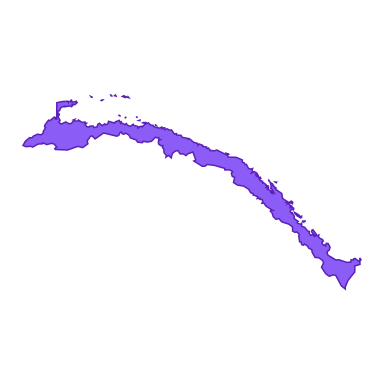 Comarca Kuna Yala, Kuna Yala, Panama (Albers equal-area conic projection)
{"feature_id": "35544464B26872392116911", "entity_name": "Comarca Kuna Yala", "entity_type": "district", "adm_level": 2, "iso_a3": "PAN", "parent_name": "Panama", "parent_adm1": "Kuna Yala", "projection": "albers", "projection_center": [-78.308, 9.061], "detail": "fine", "context": "isolated", "style": "filled", "palette": "violet", "viewbox_px": 384, "rotation_deg": 0, "n_neighbors": 0, "source": "geoboundaries", "source_scale": "gbopen_adm2", "svg_char_len": 6028}
<svg xmlns="http://www.w3.org/2000/svg" viewBox="0 0 384 384"><path d="M23.0,145.4L25.8,146.7L30.8,146.3L32.7,147.1L38.0,144.1L42.4,143.8L42.8,142.8L46.8,144.6L51.2,143.4L53.8,143.8L56.7,147.0L54.8,148.5L55.4,149.5L67.5,150.0L77.8,146.4L82.7,147.6L87.9,143.8L87.2,140.9L90.5,136.3L92.1,135.9L95.1,138.9L103.6,133.0L116.8,136.2L118.8,135.3L119.8,132.9L121.5,132.0L122.1,133.7L123.9,134.3L125.6,133.1L128.9,135.0L130.4,137.9L136.0,139.9L137.7,142.2L142.4,142.7L143.4,141.2L147.0,142.1L151.5,141.3L155.5,137.2L157.1,138.0L158.7,137.6L158.8,139.4L160.3,139.6L158.4,140.8L158.5,143.9L160.6,145.6L162.9,145.7L162.4,147.4L163.8,149.3L164.0,152.5L166.4,155.6L166.0,157.1L168.6,155.4L171.2,157.9L172.3,153.6L175.0,151.3L177.8,150.5L180.1,153.9L183.5,154.0L186.0,155.6L187.9,153.8L192.9,152.0L195.8,160.0L193.8,161.0L202.3,166.3L205.0,166.2L207.4,164.5L214.4,165.4L224.9,168.4L224.8,169.9L229.6,169.9L232.7,171.6L231.3,173.4L232.3,176.5L234.6,177.2L233.5,182.5L237.5,185.1L243.7,186.1L248.6,189.2L250.6,192.7L253.1,193.6L253.1,195.0L257.8,196.6L257.1,198.6L260.1,198.3L259.9,199.4L262.3,199.7L262.9,200.9L261.9,203.3L263.8,203.0L266.0,206.2L272.7,210.3L270.7,210.3L270.3,211.1L272.1,213.1L273.3,216.8L276.0,219.3L278.9,218.6L281.8,221.9L288.9,224.2L292.5,226.9L292.6,231.0L294.7,232.3L296.8,232.0L299.4,234.3L298.7,235.8L299.6,241.8L301.0,242.0L301.7,244.6L303.6,245.2L304.5,244.1L307.3,245.8L308.7,248.2L311.8,249.7L312.1,252.2L315.0,257.4L318.9,257.8L322.6,260.5L323.6,262.8L321.5,267.3L325.8,273.8L329.3,276.3L333.1,274.9L335.7,275.3L341.3,285.8L345.3,289.0L345.2,287.1L348.0,280.4L354.8,271.9L354.8,266.0L360.0,264.4L359.8,261.4L361.0,259.7L359.7,257.9L360.0,260.0L358.8,261.3L355.1,258.4L353.6,258.9L353.5,259.9L351.1,259.8L350.7,262.2L346.6,262.3L338.7,259.7L335.9,260.0L331.5,257.3L330.9,258.1L331.3,257.2L328.0,255.2L327.3,253.6L327.2,251.7L329.2,250.1L330.1,247.3L328.1,243.5L326.2,243.3L325.6,245.8L324.7,244.9L323.6,245.3L322.2,243.6L322.2,242.0L323.3,241.2L322.6,239.6L319.5,238.1L318.2,236.0L316.3,235.6L316.3,234.2L312.9,229.7L311.9,230.2L311.6,231.9L315.3,235.8L314.6,236.5L312.4,234.4L310.7,235.5L309.3,233.5L309.4,231.5L307.5,230.8L304.6,227.2L301.7,226.4L301.7,223.2L300.8,224.3L297.8,223.4L297.1,222.2L298.2,221.4L294.2,218.6L294.3,216.4L293.1,213.9L291.9,213.6L292.4,212.1L291.4,213.1L290.2,211.6L291.4,209.1L293.3,209.9L293.8,208.3L291.4,206.8L290.0,207.6L290.2,206.4L291.5,206.0L288.9,204.3L288.7,203.3L289.7,203.1L288.8,202.8L287.3,203.8L287.8,202.8L286.7,202.5L288.2,202.1L282.6,198.5L281.8,193.5L276.0,189.5L275.9,187.8L275.6,187.6L275.4,188.1L274.9,188.2L273.8,185.9L272.6,185.9L273.3,185.5L272.7,184.0L270.1,182.4L271.4,186.6L270.7,188.4L272.4,189.7L274.1,193.0L271.6,191.6L272.2,193.4L271.3,192.9L270.4,191.6L271.2,190.9L267.5,189.3L268.6,188.2L268.4,186.4L267.8,188.0L266.1,187.6L267.9,185.9L265.9,185.5L266.1,184.7L263.1,182.4L262.7,182.9L262.4,181.2L260.1,180.5L258.3,176.9L256.4,176.3L255.7,174.4L258.0,175.2L256.8,173.1L254.3,171.6L250.4,173.7L253.3,171.9L252.1,170.8L252.6,168.5L250.9,169.1L248.5,168.4L246.3,164.3L245.0,164.4L244.0,162.6L242.3,162.3L242.3,159.9L236.1,157.3L228.2,157.1L227.4,155.4L228.8,154.4L228.3,153.8L226.3,153.3L227.2,154.6L225.7,154.5L216.8,150.0L214.1,150.9L210.4,150.3L210.0,151.3L210.2,150.2L208.5,148.1L206.9,148.6L206.6,147.0L202.8,146.5L202.8,145.4L199.3,144.0L197.8,145.3L197.6,143.4L193.8,142.4L189.3,138.6L187.9,138.6L188.1,140.1L187.7,138.4L182.2,137.3L181.0,135.3L176.6,135.1L176.6,133.6L174.4,134.0L171.5,129.9L169.2,130.1L167.2,128.8L165.0,129.7L164.8,127.8L164.0,127.8L162.9,128.7L162.5,128.7L163.1,128.1L161.7,127.0L160.0,128.1L156.5,127.6L153.4,126.4L153.1,125.3L150.9,125.2L148.4,122.9L145.0,124.0L142.2,127.1L141.9,126.3L140.1,126.4L137.9,128.1L137.9,126.5L133.3,125.1L133.1,124.3L130.3,126.4L127.5,125.2L126.3,123.5L124.8,124.6L121.8,123.0L120.9,123.4L121.2,121.7L119.9,122.1L119.3,120.4L115.5,121.7L114.6,123.0L108.5,121.3L107.8,124.0L105.3,124.7L104.8,123.8L102.2,125.6L99.4,123.3L98.0,124.1L96.8,127.1L94.1,127.5L93.3,126.1L90.0,126.1L88.7,127.1L86.6,126.5L84.5,123.4L85.7,124.1L86.6,123.2L85.2,123.0L85.0,122.0L82.1,122.4L78.4,120.0L77.8,121.1L73.4,120.9L71.5,123.4L68.7,123.7L65.9,121.9L61.2,124.1L58.9,122.3L60.1,120.3L58.0,116.9L59.4,114.8L58.9,113.7L58.0,114.3L57.9,110.9L59.4,110.8L60.7,107.9L62.5,106.7L64.7,106.8L64.1,105.6L65.0,106.6L70.2,106.0L71.6,106.7L73.1,104.9L71.5,104.1L74.8,104.7L77.2,102.6L76.3,101.2L73.9,102.0L68.2,101.4L68.2,102.3L67.5,101.2L61.8,101.6L56.8,102.7L56.7,119.1L55.2,119.0L55.2,117.4L54.2,117.1L49.9,120.7L48.6,120.1L45.2,124.5L44.5,126.6L45.6,127.5L43.3,131.4L43.1,133.4L40.9,134.8L37.5,134.2L33.4,136.1L32.0,137.8L29.7,137.6L25.4,141.2L23.0,145.4ZM291.3,201.1L289.7,202.1L292.5,203.7L292.7,202.1L291.3,201.1ZM298.7,214.8L294.6,212.4L295.0,213.5L297.4,215.9L298.5,215.7L298.7,214.8ZM299.6,215.8L297.6,216.1L300.8,218.0L301.6,217.3L301.6,216.2L300.2,216.9L299.6,215.8ZM305.7,220.8L303.6,221.1L303.8,222.0L305.7,220.8ZM260.3,177.2L259.2,177.5L261.1,179.0L260.3,177.2ZM126.5,96.9L125.0,96.3L125.5,97.5L126.5,96.9ZM92.7,97.4L91.0,96.6L91.5,97.3L92.7,97.4ZM123.9,97.0L123.4,95.9L122.4,96.5L123.9,97.0ZM116.0,96.1L115.5,95.0L114.6,95.7L116.0,96.1ZM276.6,182.1L275.2,182.0L276.2,182.8L276.6,182.1ZM119.9,115.6L118.3,115.1L119.9,115.9L119.9,115.6ZM128.8,97.7L128.0,96.7L127.7,97.4L128.8,97.7ZM72.1,99.8L70.8,100.4L70.8,100.8L71.2,100.8L72.1,99.8ZM140.0,120.1L138.9,120.5L139.9,120.7L140.0,120.1ZM102.7,99.9L102.0,99.9L101.3,100.5L101.9,100.6L102.7,99.9ZM268.6,180.7L269.4,181.1L268.8,180.2L268.6,180.7ZM146.6,122.9L145.5,122.3L144.9,122.5L146.6,122.9ZM303.2,221.1L302.1,220.8L303.3,221.6L303.2,221.1ZM111.8,95.9L111.0,95.0L110.7,95.0L111.3,96.0L111.8,95.9ZM125.3,117.9L126.3,116.8L124.8,118.0L125.3,117.9ZM74.4,120.1L74.8,119.4L73.6,119.9L74.4,120.1ZM136.6,116.3L136.6,117.2L137.4,117.7L136.9,117.1L136.6,116.3ZM143.7,123.1L143.2,122.5L142.7,122.8L143.7,123.1ZM318.8,234.8L318.4,234.9L318.7,235.9L318.8,234.8ZM155.1,124.5L155.6,125.3L156.2,125.5L155.8,125.0L155.1,124.5Z" fill="#8b5cf6" stroke="#5b21b6" stroke-width="1.5"/></svg>